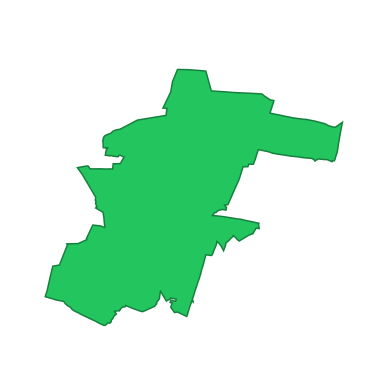 the district of Teotihuacán, México, Mexico, rotated 84°
{"feature_id": "50627088B35797567897196", "entity_name": "Teotihuacán", "entity_type": "district", "adm_level": 2, "iso_a3": "MEX", "parent_name": "Mexico", "parent_adm1": "México", "projection": "equal_earth", "projection_center": [-98.867, 19.693], "detail": "fine", "context": "isolated", "style": "filled", "palette": "green", "viewbox_px": 384, "rotation_deg": 84, "n_neighbors": 0, "source": "geoboundaries", "source_scale": "gbopen_adm2", "svg_char_len": 5784}
<svg xmlns="http://www.w3.org/2000/svg" viewBox="0 0 384 384"><g transform="rotate(84 192 192)"><path d="M251.2,338.2L262.5,342.2L274.7,346.3L278.8,348.1L280.8,348.9L284.0,341.0L285.2,338.4L287.2,331.7L287.4,331.2L288.2,330.5L289.0,330.1L289.8,329.8L290.3,329.2L290.6,328.9L290.7,328.6L291.1,328.4L291.5,328.2L292.1,327.7L292.5,326.9L293.1,326.1L293.6,325.5L294.2,324.7L294.6,324.4L295.7,324.0L297.4,322.3L298.4,320.8L299.2,319.6L299.8,318.6L300.1,317.5L301.0,316.9L309.0,303.9L309.3,303.2L310.4,301.5L311.3,300.1L311.7,299.7L312.3,298.8L313.4,297.1L315.5,293.5L315.5,292.5L314.9,291.1L313.6,289.6L313.4,288.8L313.8,287.7L313.7,287.1L313.0,286.2L312.3,285.9L310.5,285.3L310.0,284.3L307.3,282.6L305.6,280.2L305.3,279.9L305.2,279.9L302.9,281.7L302.7,281.7L302.5,281.3L302.4,280.9L302.5,280.1L302.4,277.3L302.7,276.8L302.0,276.1L301.6,275.6L301.4,275.5L301.2,275.4L300.9,275.5L299.0,272.9L299.3,271.9L299.0,270.2L297.9,269.8L301.5,263.3L305.3,255.4L305.7,254.1L305.8,253.2L301.8,241.2L299.4,238.8L297.3,238.3L296.1,236.7L295.5,236.5L295.1,235.8L294.7,235.6L287.3,233.8L287.2,233.7L297.8,228.9L297.4,228.4L296.9,227.0L296.7,225.8L295.2,224.1L296.0,222.2L295.8,222.1L297.0,218.8L299.0,219.9L297.8,223.2L297.7,223.3L297.4,224.2L299.6,225.3L299.9,224.4L300.0,224.3L300.4,223.3L304.4,225.2L310.0,222.0L309.9,218.9L313.1,213.7L315.2,210.3L314.9,210.0L311.1,208.4L307.1,206.8L305.8,206.2L300.2,203.4L301.4,202.3L301.1,202.3L300.2,202.5L299.7,202.5L299.4,202.7L298.9,202.8L298.5,202.8L297.6,202.4L296.1,201.6L292.9,200.3L291.7,199.7L291.2,199.6L289.9,199.0L288.4,198.3L287.7,198.0L285.8,197.1L284.1,196.4L283.1,195.9L281.8,195.3L279.8,194.3L276.6,192.9L274.9,192.2L274.5,192.0L274.0,191.8L274.0,192.0L272.2,191.2L270.0,190.5L267.6,189.3L265.0,188.2L261.3,186.9L260.3,186.5L259.6,186.3L258.5,185.8L255.9,184.8L256.5,182.2L257.2,179.5L256.7,178.5L254.5,177.3L252.5,176.4L248.1,173.9L247.1,173.4L245.4,172.8L243.8,172.5L244.5,171.7L245.3,171.0L246.5,170.1L248.2,169.0L251.8,167.5L252.4,167.3L253.2,166.9L253.7,166.7L251.0,165.4L248.5,164.2L246.4,163.7L245.0,161.7L243.3,159.4L241.6,157.5L241.3,156.9L240.7,156.2L239.6,155.6L240.3,154.8L242.2,153.2L244.2,151.8L244.7,151.2L245.7,150.2L241.9,142.2L240.9,139.9L240.2,137.7L240.0,136.0L234.7,132.0L235.4,129.0L230.9,129.2L230.1,128.7L227.7,135.8L226.5,139.8L225.6,142.4L223.9,147.1L223.8,148.8L222.4,153.6L220.6,160.2L219.6,164.2L218.7,168.1L217.7,173.4L217.6,174.2L217.1,173.9L216.0,172.7L215.8,172.6L215.7,172.3L215.4,172.2L215.2,172.0L214.9,171.4L214.9,170.8L214.9,170.3L214.7,169.8L214.6,169.7L214.4,169.6L214.2,169.2L213.8,168.8L213.4,168.3L213.3,167.9L213.1,167.7L212.9,167.4L212.9,167.2L212.9,166.4L212.7,166.0L212.7,165.8L212.8,165.5L212.8,165.4L212.9,164.9L212.8,164.6L212.5,163.9L212.9,162.2L213.6,160.1L210.7,159.3L210.3,159.9L210.0,160.1L208.4,161.0L208.4,160.4L208.3,157.6L207.9,157.4L200.7,153.2L198.1,151.8L186.1,144.8L183.5,143.4L172.3,138.6L172.7,133.8L170.3,132.5L170.8,128.1L166.0,125.6L163.3,124.5L157.9,122.1L156.7,121.5L157.5,119.3L158.6,116.0L159.6,112.8L160.6,110.2L161.9,107.6L162.4,105.7L163.2,103.3L164.9,96.3L166.7,89.9L168.3,82.1L169.0,79.8L169.9,75.8L170.4,73.1L171.0,69.8L171.1,69.3L171.4,68.9L172.2,67.9L172.2,67.6L173.7,66.6L174.1,66.4L173.9,66.2L173.6,66.0L173.3,65.6L173.2,65.4L173.2,65.2L173.2,64.7L173.1,64.4L172.7,63.7L172.4,63.5L172.4,63.4L172.3,63.2L172.4,62.8L172.4,62.4L172.6,61.5L173.4,57.8L173.7,56.2L173.9,54.2L176.5,49.5L176.1,49.3L175.5,48.7L175.7,47.8L175.8,47.4L175.9,47.2L174.3,46.3L173.1,45.9L167.3,43.3L158.3,41.0L146.1,37.5L138.4,35.1L142.7,43.0L140.6,48.8L138.0,52.7L134.5,61.9L131.4,72.0L131.6,72.4L128.9,83.5L123.2,101.5L121.7,106.2L110.3,101.2L109.6,101.0L108.7,104.2L106.5,107.1L103.9,110.2L102.0,112.0L101.7,112.8L100.3,121.2L97.4,140.3L96.2,146.5L93.5,162.2L73.2,165.6L71.8,172.6L70.2,181.7L69.9,183.7L69.7,184.7L69.4,187.4L68.7,192.9L68.6,193.6L80.1,199.8L90.3,202.7L105.5,212.1L106.1,208.3L113.1,209.7L113.7,220.6L114.8,238.8L121.6,255.9L121.9,256.8L122.1,256.9L122.1,258.5L122.3,260.4L122.5,261.8L122.6,262.2L123.0,263.4L123.4,264.4L123.8,265.1L124.6,265.8L124.9,266.1L125.1,266.7L125.3,267.4L125.6,268.6L125.9,269.9L126.9,272.6L127.2,273.1L127.9,273.8L128.5,274.2L128.9,274.3L129.7,274.7L130.2,274.8L130.5,274.9L131.8,275.4L132.2,275.3L135.2,275.4L136.6,275.4L137.2,275.5L137.9,275.7L138.4,275.7L138.7,275.6L138.8,275.4L138.8,275.2L138.9,274.6L139.0,274.1L139.0,273.9L139.1,273.6L139.1,272.9L139.0,272.0L139.2,271.4L139.3,271.0L139.6,271.1L139.9,271.6L140.2,271.9L140.0,272.5L140.4,272.6L142.5,273.3L145.0,274.0L146.4,274.4L146.6,273.7L146.6,273.1L147.4,270.2L147.6,269.8L147.3,268.5L147.3,268.0L148.1,266.9L148.3,266.4L148.3,265.7L149.0,263.2L149.1,262.3L149.2,262.0L149.1,261.6L148.8,261.3L148.4,261.2L148.0,260.5L147.8,260.0L148.0,259.5L148.5,258.7L149.0,257.9L149.4,257.2L150.0,256.3L150.1,255.9L156.2,260.3L156.2,260.5L156.0,264.1L155.7,267.5L158.5,268.0L160.8,268.5L160.4,271.7L160.2,274.7L160.0,276.1L159.3,281.4L158.9,285.7L158.6,288.6L158.3,290.5L158.2,290.9L158.0,291.2L157.8,291.3L155.8,292.2L155.4,292.7L155.3,292.9L155.1,293.6L155.8,303.4L160.7,300.7L163.4,299.1L170.4,296.0L170.7,295.7L171.2,295.3L171.4,295.5L187.0,288.4L187.6,288.4L188.3,288.6L189.4,288.9L189.7,289.0L190.3,289.0L190.6,288.9L191.0,288.6L191.4,288.4L191.6,288.4L191.7,288.5L191.9,288.7L192.0,288.7L192.3,288.7L192.5,288.9L193.1,289.0L193.4,289.1L193.8,289.0L195.0,288.6L195.9,288.4L196.6,288.3L196.8,288.2L197.1,288.2L197.1,288.3L197.2,288.5L197.2,288.8L197.3,288.8L197.8,289.5L200.0,286.6L201.6,284.3L203.0,282.6L208.6,282.3L211.2,282.4L215.1,282.4L216.3,282.3L217.4,282.1L217.7,282.3L218.1,282.8L217.4,284.1L216.1,286.7L215.9,287.6L214.5,294.1L227.3,301.9L228.4,301.6L231.4,310.7L230.5,321.9L231.7,321.5L250.8,331.5L250.8,332.0L251.2,338.2Z" fill="#22c55e" stroke="#15803d" stroke-width="1.5"/></g></svg>